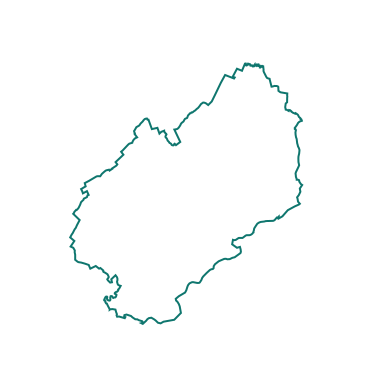 Rabagani, Bihor, Romania (Natural Earth projection), rotated 289°
{"feature_id": "2599482B4708880341888", "entity_name": "Rabagani", "entity_type": "district", "adm_level": 2, "iso_a3": "ROU", "parent_name": "Romania", "parent_adm1": "Bihor", "projection": "natural_earth1", "projection_center": [22.248, 46.751], "detail": "fine", "context": "isolated", "style": "outline", "palette": "teal", "viewbox_px": 384, "rotation_deg": 289, "n_neighbors": 0, "source": "geoboundaries", "source_scale": "gbopen_adm2", "svg_char_len": 5997}
<svg xmlns="http://www.w3.org/2000/svg" viewBox="0 0 384 384"><g transform="rotate(289 192 192)"><path d="M300.3,264.3L299.6,264.1L299.8,262.4L299.8,261.6L300.1,260.8L300.2,260.2L300.4,259.7L300.7,259.6L301.3,258.0L301.1,257.5L301.1,257.1L300.1,257.1L300.6,254.6L300.4,253.8L302.6,252.5L306.2,251.8L307.8,252.7L312.1,251.3L313.1,251.1L314.4,250.5L316.2,250.0L315.1,243.4L315.2,242.6L315.8,240.8L319.4,239.4L319.8,238.8L319.8,237.6L319.1,235.4L318.0,233.9L317.5,232.9L323.6,228.9L324.3,228.5L324.2,226.8L324.3,225.8L325.0,224.8L328.7,221.0L329.7,220.2L330.8,219.9L334.0,218.4L333.7,217.7L333.8,217.5L334.0,217.5L334.1,217.3L334.0,217.0L333.9,216.9L333.5,216.9L333.4,217.2L333.2,217.2L333.2,216.8L333.0,216.2L332.2,216.3L332.0,216.2L331.9,215.9L332.2,215.9L332.5,215.7L332.7,215.4L332.7,215.1L332.9,215.3L333.3,215.4L333.5,215.2L333.1,214.4L333.3,213.8L333.6,213.6L334.0,213.7L334.3,213.4L334.0,213.0L333.8,212.1L333.3,212.3L332.3,212.1L332.4,211.8L332.5,211.7L333.0,211.9L333.2,211.5L332.8,211.0L332.4,211.2L332.2,211.0L332.0,210.6L333.1,209.9L332.0,209.6L331.5,210.1L331.1,209.8L331.1,209.5L330.5,208.8L330.5,208.4L330.7,208.0L331.3,207.8L331.1,207.1L330.8,206.8L330.6,206.5L330.5,206.2L331.6,205.6L331.7,205.4L331.7,205.2L331.2,204.9L331.0,204.4L331.2,204.1L331.6,204.1L331.7,203.9L331.6,203.2L330.6,203.2L329.5,202.6L329.4,202.4L329.6,202.1L329.4,201.7L329.7,201.4L330.6,201.4L331.0,201.0L330.6,200.3L322.9,199.8L323.2,194.4L314.3,193.0L314.2,195.1L313.0,194.8L313.4,185.2L304.6,183.7L291.0,182.1L284.0,181.2L279.5,179.0L280.4,176.3L280.5,174.8L280.2,173.4L278.1,171.9L275.4,171.1L273.5,170.4L272.0,169.4L270.2,168.5L269.1,167.6L267.5,166.6L267.2,166.3L267.1,165.6L266.0,165.1L265.6,164.3L264.7,164.1L263.6,163.5L262.9,163.3L260.5,163.3L258.9,161.6L258.0,161.3L257.1,161.2L255.9,161.0L253.9,159.7L252.6,159.3L251.1,159.2L248.6,158.5L247.7,158.1L246.9,157.6L246.4,157.0L245.3,155.0L235.5,164.6L231.1,161.6L232.0,159.9L231.6,159.6L230.3,159.5L229.9,159.0L229.8,157.8L230.0,157.3L230.6,156.8L231.0,155.9L231.1,154.9L231.3,154.4L231.8,154.0L232.3,153.0L232.7,152.2L233.7,151.4L234.5,150.6L235.0,149.4L235.6,148.9L236.5,148.8L237.2,149.0L238.2,149.1L238.7,148.5L238.7,147.9L239.4,147.2L239.9,146.1L240.9,145.7L238.9,143.4L236.6,142.2L241.4,138.4L238.4,133.6L246.2,127.3L245.9,126.4L246.8,125.5L246.4,124.6L245.5,123.5L243.8,122.7L242.8,122.5L239.8,121.0L238.7,120.8L237.5,120.3L235.2,118.3L231.4,117.6L231.0,117.4L230.3,117.6L228.7,119.0L228.2,118.8L225.8,122.3L224.2,120.7L222.4,119.8L220.2,119.4L219.1,119.5L217.3,117.0L216.2,116.3L208.7,112.9L207.0,111.9L204.9,115.0L195.4,110.0L193.8,112.4L192.3,111.9L188.1,108.7L187.9,109.0L185.4,107.1L186.1,106.3L184.7,104.1L184.1,103.4L182.5,102.4L179.8,100.9L177.0,100.1L176.2,97.5L175.6,96.6L169.0,91.0L165.5,87.7L162.7,89.6L158.7,86.2L156.8,88.1L155.2,89.3L158.6,92.4L155.6,95.2L154.8,94.3L152.9,94.3L150.5,91.9L149.2,91.9L148.1,91.3L146.2,90.4L143.7,90.4L140.5,90.0L139.3,89.7L137.4,88.8L137.4,88.3L135.1,87.3L134.4,87.2L134.0,87.3L132.7,86.8L128.9,94.9L123.0,94.0L120.3,93.8L118.5,93.2L114.3,92.6L112.6,92.1L109.4,91.6L107.4,96.7L100.9,95.0L100.6,97.9L98.6,100.2L96.8,100.7L94.6,102.0L89.9,103.6L88.9,106.3L88.7,107.4L89.2,110.2L89.4,114.0L89.4,118.1L86.4,120.8L90.7,125.1L89.3,129.1L90.3,130.1L88.9,133.7L88.0,133.9L87.7,134.2L87.6,134.5L87.5,135.7L86.9,138.2L86.6,139.0L84.8,140.8L84.1,141.0L81.9,140.3L81.1,141.2L79.7,144.1L80.6,145.7L83.2,144.1L88.4,146.8L87.0,148.8L86.0,149.6L84.4,150.2L83.0,150.3L82.3,150.6L80.4,152.0L80.0,152.9L80.0,155.1L77.0,154.6L75.7,153.9L74.8,154.3L73.4,153.7L73.3,153.4L72.7,152.7L71.7,152.0L71.2,151.9L70.7,152.1L70.4,153.2L70.5,153.8L70.2,154.1L68.3,154.2L67.3,153.7L67.1,153.0L66.2,152.1L66.3,151.6L67.3,150.6L67.4,150.4L67.3,149.5L67.0,149.0L65.4,149.1L63.9,149.8L63.3,149.9L62.8,149.8L62.4,149.2L62.3,147.9L62.8,146.9L63.3,146.4L65.1,146.1L65.4,145.6L65.2,144.9L64.7,144.5L62.7,144.1L61.7,144.5L61.2,144.1L60.9,144.4L60.6,145.7L59.6,146.0L58.7,147.1L58.8,147.8L57.2,149.3L54.3,152.4L53.9,152.5L54.6,153.0L54.7,153.4L55.4,154.9L55.9,157.9L53.8,159.3L52.0,160.8L50.9,160.8L49.7,161.8L50.5,163.5L50.8,169.5L52.0,169.7L52.1,168.4L53.6,168.2L54.8,170.0L54.9,174.7L54.1,176.5L53.2,179.8L53.8,181.8L53.5,183.3L53.6,187.0L52.6,188.3L51.5,186.8L51.3,188.4L55.4,190.6L57.2,191.2L58.7,192.3L59.9,194.5L59.3,197.5L58.7,199.4L57.3,202.4L57.6,205.1L60.1,207.3L65.4,216.8L74.0,220.9L79.9,217.6L81.8,216.0L83.5,213.9L84.2,212.3L85.7,211.4L89.2,213.5L94.7,218.2L97.2,218.6L101.4,218.5L103.0,218.7L104.8,219.4L106.5,221.1L107.1,222.2L107.7,226.5L108.3,228.1L108.5,228.4L109.0,228.8L111.7,229.5L114.1,229.6L115.8,230.1L120.2,232.2L124.1,234.3L125.3,235.5L125.9,236.7L126.9,237.2L128.9,236.7L131.1,237.2L135.2,239.8L139.3,244.3L139.9,245.9L139.9,247.3L140.8,249.5L142.9,251.6L144.2,253.6L150.0,257.7L151.4,257.7L153.5,256.7L155.7,255.2L153.9,252.7L155.6,247.0L160.1,246.3L160.1,247.0L160.4,248.1L161.1,249.1L163.5,250.9L163.9,251.4L164.9,254.5L165.5,255.1L168.1,256.8L168.8,257.5L169.1,258.1L169.8,260.2L170.1,260.8L170.8,261.6L171.4,262.1L172.4,262.7L173.5,263.0L173.8,263.3L174.4,263.0L175.8,263.0L177.5,262.7L178.4,262.8L182.7,263.9L183.5,264.2L184.1,264.7L185.1,265.5L186.1,266.8L187.6,269.9L188.6,271.4L191.1,278.0L191.5,278.5L192.2,279.2L195.4,280.5L195.3,281.1L197.0,282.0L195.2,282.6L198.4,285.4L206.0,288.5L211.8,293.8L215.0,297.2L216.0,297.8L217.4,295.4L220.0,294.0L221.2,293.1L223.8,294.0L227.5,294.4L230.4,292.8L234.5,293.9L235.0,292.3L236.7,290.1L238.0,289.4L238.1,288.6L238.1,288.1L237.7,287.0L238.3,286.8L240.2,285.3L241.6,284.7L243.2,283.9L244.5,283.8L250.7,284.5L252.2,284.6L255.0,282.9L258.5,281.6L260.3,281.1L263.2,280.8L266.2,280.1L267.1,279.7L268.6,278.5L269.6,277.4L270.9,276.6L272.3,275.6L276.2,273.7L277.7,272.5L279.9,271.3L282.1,270.4L284.4,270.1L284.9,268.9L285.4,269.0L285.9,268.3L289.4,269.4L291.8,269.8L292.8,270.3L293.8,271.0L295.1,272.7L295.4,272.5L296.4,271.6L296.3,270.8L296.8,270.4L297.2,270.3L297.8,268.7L299.3,267.2L299.7,266.4L300.3,264.3Z" fill="none" stroke="#0f766e" stroke-width="2"/></g></svg>